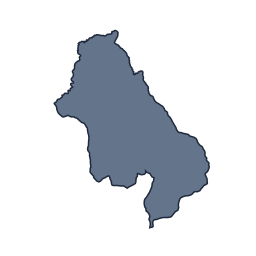 Santiago, Norte de Santander, Colombia, rotated 150°
{"feature_id": "7082276B46652813216763", "entity_name": "Santiago", "entity_type": "district", "adm_level": 2, "iso_a3": "COL", "parent_name": "Colombia", "parent_adm1": "Norte de Santander", "projection": "natural_earth1", "projection_center": [-72.726, 7.887], "detail": "fine", "context": "isolated", "style": "filled", "palette": "slate", "viewbox_px": 256, "rotation_deg": 150, "n_neighbors": 0, "source": "geoboundaries", "source_scale": "gbopen_adm2", "svg_char_len": 5773}
<svg xmlns="http://www.w3.org/2000/svg" viewBox="0 0 256 256"><g transform="rotate(150 128 128)"><path d="M133.0,220.2L133.1,219.5L133.6,218.8L133.9,218.1L134.0,217.3L132.8,215.2L132.7,214.7L132.8,214.3L133.3,214.0L134.3,213.9L134.8,213.5L135.4,211.7L136.1,210.8L136.8,210.7L137.8,211.0L138.7,211.0L141.5,210.3L142.4,209.6L143.1,208.7L144.6,206.3L145.0,206.0L145.4,205.7L146.6,205.5L147.6,205.0L147.9,204.7L148.1,204.1L148.1,202.7L148.2,202.4L148.9,201.0L150.1,199.9L151.7,199.4L152.7,198.8L153.0,197.9L153.1,197.1L152.4,195.9L152.3,195.1L152.4,194.7L152.6,194.5L153.3,194.4L154.8,195.0L155.4,195.0L155.7,194.6L156.0,193.6L155.6,191.7L155.6,191.0L158.1,191.0L158.5,190.6L159.5,189.3L160.0,189.4L160.7,190.4L161.1,190.4L162.3,188.1L163.1,188.1L163.3,188.2L164.7,189.3L165.3,189.6L166.3,189.4L167.1,188.9L167.5,188.9L168.6,189.4L168.9,189.2L169.2,188.1L169.4,187.8L172.7,187.3L174.7,188.0L176.7,186.6L177.3,186.5L179.1,186.4L179.7,186.0L179.4,184.2L179.3,182.7L179.5,181.7L180.4,179.4L180.9,176.2L180.4,173.8L179.7,172.1L179.4,170.9L179.1,170.4L178.6,170.0L178.0,169.7L175.8,169.3L173.6,168.9L173.2,168.3L172.1,166.5L171.3,165.8L169.3,164.8L169.1,164.4L168.9,163.8L167.5,162.2L167.1,161.4L165.9,157.5L165.5,156.6L165.3,155.8L164.2,154.9L163.8,154.2L163.4,152.5L163.5,149.9L163.2,148.6L163.3,148.1L164.1,146.5L165.2,143.5L165.7,141.3L166.3,140.0L167.0,138.5L167.9,137.4L169.1,135.7L171.0,132.6L172.7,131.1L173.4,130.2L174.0,128.7L173.8,126.2L173.9,125.4L174.4,124.4L175.2,123.3L176.5,119.2L177.8,117.0L179.7,112.7L180.3,112.4L181.0,111.8L182.5,109.3L182.9,108.5L182.7,107.2L182.0,104.1L182.0,103.1L182.3,102.7L182.5,102.1L181.5,97.6L180.2,95.9L179.9,95.8L178.0,95.8L176.1,96.6L174.3,96.7L172.9,96.4L172.1,96.4L170.6,96.6L168.7,96.2L168.4,96.0L168.3,95.7L168.4,95.2L169.0,92.4L169.2,90.0L170.1,88.1L170.3,86.6L169.8,85.8L167.8,84.5L167.0,84.2L163.1,81.3L160.7,80.0L159.2,77.2L158.9,76.3L156.7,76.5L151.7,76.2L149.4,76.3L148.4,77.1L147.7,78.2L145.6,80.9L144.1,81.5L143.3,82.5L142.9,83.6L142.6,83.7L142.1,83.7L141.5,82.9L141.0,82.0L139.9,81.0L139.3,80.6L137.1,79.8L135.8,80.0L135.2,80.4L134.5,81.2L134.2,81.9L133.8,80.1L133.0,79.0L132.2,78.3L131.9,77.7L131.8,77.1L131.8,75.9L131.6,74.4L131.7,73.7L130.4,71.9L132.4,69.3L134.2,68.4L135.2,67.3L136.3,65.7L137.9,64.3L141.2,61.8L142.0,61.3L143.3,60.7L145.8,59.2L149.1,57.9L150.0,57.1L151.2,55.5L152.1,53.7L152.7,52.0L152.9,51.0L152.8,49.6L152.9,49.1L153.8,47.1L153.8,46.9L153.2,45.9L153.1,44.8L152.8,43.8L153.0,41.5L153.6,40.2L153.9,39.7L155.0,39.0L155.5,38.3L155.7,37.6L155.7,36.0L156.1,34.8L157.4,32.6L159.0,30.8L158.3,30.7L157.6,30.3L156.0,30.0L155.7,30.1L155.4,30.3L153.8,33.9L152.9,34.8L151.4,35.5L150.9,35.4L149.4,34.6L146.0,34.0L142.5,33.0L138.3,30.6L136.4,29.9L135.4,29.6L134.7,29.6L128.8,31.9L126.3,31.8L125.8,32.0L123.8,33.8L123.7,34.4L123.3,35.3L122.7,36.4L121.6,37.9L119.0,40.3L118.0,40.9L116.9,41.2L115.2,41.1L112.3,40.5L109.0,39.0L107.1,38.7L105.9,38.6L103.0,39.5L102.2,39.5L101.7,39.4L100.4,38.5L99.3,38.0L97.0,37.8L95.8,38.4L95.2,38.8L93.3,39.3L92.1,39.9L90.9,40.2L89.1,40.1L87.1,40.2L85.0,44.4L84.6,47.4L84.4,49.1L84.3,49.4L84.0,49.7L83.2,50.1L81.8,50.3L80.7,50.7L80.0,51.1L79.3,51.6L79.1,52.0L78.0,52.7L77.1,53.7L76.7,55.4L75.7,56.7L75.4,57.5L75.5,58.1L76.0,59.6L76.1,60.7L76.0,61.1L74.9,62.6L74.9,63.4L75.3,64.1L75.3,64.7L75.0,65.8L73.4,68.6L73.2,69.9L73.3,72.3L73.1,74.5L73.3,75.1L74.6,77.8L74.7,79.8L74.7,81.6L74.3,83.4L74.3,84.5L74.6,85.4L75.5,87.0L77.8,89.4L78.7,90.5L79.0,92.3L83.0,95.9L84.1,97.3L85.6,98.4L86.6,99.4L86.6,100.2L86.7,100.7L86.7,102.1L86.7,103.0L86.3,104.2L86.4,110.1L86.2,114.8L86.4,116.7L87.0,118.6L87.0,119.3L86.8,119.9L86.2,121.6L86.2,122.6L86.5,123.3L87.2,124.2L87.2,124.5L87.0,126.5L86.9,128.0L87.3,129.8L88.4,131.5L88.6,132.3L89.3,133.6L90.8,136.1L90.9,137.2L91.3,137.9L91.3,138.4L91.1,139.0L91.2,139.7L90.7,142.2L91.0,143.5L91.8,144.3L92.0,144.8L92.4,145.2L92.3,146.7L92.6,147.2L92.5,147.6L91.9,149.2L91.8,149.9L91.6,150.7L91.3,151.3L90.5,152.2L90.0,153.4L90.2,155.8L90.7,156.8L90.4,157.2L90.3,157.9L90.5,158.4L90.5,159.4L90.9,160.7L90.7,162.3L89.7,163.5L89.3,164.2L89.0,165.8L88.7,166.6L87.3,168.7L87.1,169.8L87.5,169.9L88.0,170.7L88.9,171.1L91.1,171.3L92.1,170.6L92.6,170.5L92.8,170.6L93.1,171.1L93.6,171.5L94.0,171.5L94.6,171.0L95.1,170.9L95.6,171.0L96.2,171.5L95.7,171.8L95.6,172.2L95.6,172.5L95.9,172.7L95.9,172.9L95.3,173.2L95.0,173.8L95.3,174.4L95.3,175.1L95.2,175.8L94.7,176.3L95.0,176.8L94.6,178.4L94.9,178.8L94.8,179.8L95.0,181.0L94.5,181.8L94.4,182.9L94.2,183.4L94.2,183.8L93.9,183.9L93.3,185.3L92.9,185.9L92.7,187.4L92.4,187.8L91.9,188.0L91.8,188.3L91.9,188.6L92.1,188.9L92.1,189.3L92.3,189.7L92.5,191.0L91.9,193.7L92.2,194.5L92.2,195.4L92.5,196.0L92.5,196.6L93.0,197.3L93.3,199.5L93.7,200.1L94.6,201.0L94.5,202.1L94.7,202.7L94.9,204.5L96.1,206.1L97.1,208.4L96.7,209.1L94.7,210.4L92.5,211.7L90.9,212.8L89.0,215.5L89.0,216.7L90.0,218.7L90.6,219.0L92.5,219.0L93.4,219.4L93.7,219.4L94.2,219.1L94.5,218.2L95.3,217.9L95.9,218.1L96.5,218.1L97.2,218.6L97.9,218.8L98.5,219.3L100.5,219.3L101.1,218.9L102.3,219.5L102.7,219.8L103.1,220.5L104.3,221.1L105.3,221.7L106.4,223.0L106.9,223.1L108.0,224.2L108.6,224.5L109.7,224.5L110.2,224.6L110.5,225.0L110.8,225.0L111.5,224.8L112.1,224.4L112.4,224.4L112.5,224.6L113.5,224.6L113.7,224.2L114.0,224.1L115.6,224.9L116.3,225.1L117.5,224.6L117.9,224.2L118.2,224.1L118.7,224.2L119.6,224.9L120.0,224.9L120.2,224.7L120.1,224.0L120.2,223.8L121.7,224.1L122.3,224.6L122.7,223.7L122.9,223.6L123.2,223.8L123.2,224.5L123.3,225.0L123.8,225.3L124.5,226.0L124.8,226.1L125.9,225.9L126.1,226.0L126.6,226.2L127.0,226.4L128.8,226.1L128.8,225.4L128.6,224.8L128.7,224.6L129.0,224.4L129.8,224.5L130.0,224.3L130.8,222.7L131.1,222.6L131.3,222.1L131.9,221.6L132.1,220.3L132.3,220.1L132.5,220.1L133.0,220.2Z" fill="#64748b" stroke="#1e293b" stroke-width="1.5"/></g></svg>